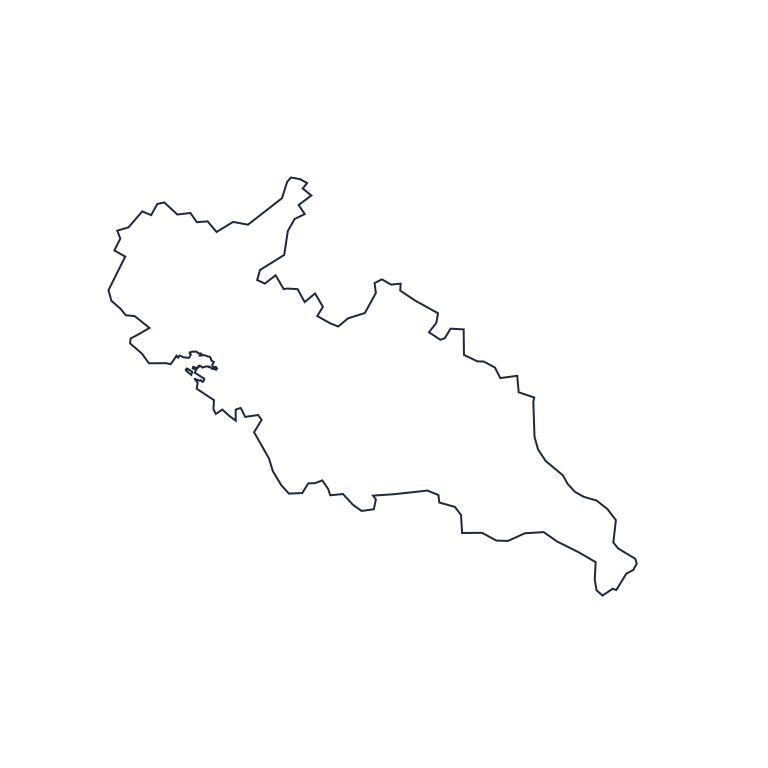 Kitab, Kashkadarya, Uzbekistan, rotated 28°
{"feature_id": "79887680B27761464779200", "entity_name": "Kitab", "entity_type": "district", "adm_level": 2, "iso_a3": "UZB", "parent_name": "Uzbekistan", "parent_adm1": "Kashkadarya", "projection": "mercator", "projection_center": [67.005, 39.192], "detail": "fine", "context": "isolated", "style": "outline", "palette": "slate", "viewbox_px": 768, "rotation_deg": 28, "n_neighbors": 0, "source": "geoboundaries", "source_scale": "gbopen_adm2", "svg_char_len": 3145}
<svg xmlns="http://www.w3.org/2000/svg" viewBox="0 0 768 768"><g transform="rotate(28 384 384)"><path d="M523.0,325.4L506.8,328.1L497.8,314.2L483.9,324.2L474.3,317.4L461.6,317.3L455.8,320.2L440.9,320.7L428.7,298.4L416.8,303.9L416.1,315.2L413.0,318.5L399.4,317.2L401.5,305.5L398.5,296.2L372.1,295.7L354.5,293.9L351.6,287.6L343.6,292.9L333.0,292.6L328.3,299.3L334.1,307.5L333.8,330.3L321.4,342.9L316.6,354.7L308.0,355.7L293.2,355.3L293.8,344.5L280.6,336.4L275.5,348.9L263.2,340.8L253.7,345.2L250.9,347.3L237.2,338.9L231.7,351.3L223.2,351.7L221.0,341.5L235.3,316.9L227.3,294.2L227.6,280.3L234.2,271.2L224.6,266.0L231.3,251.7L220.4,249.5L221.8,242.7L213.6,242.6L204.9,245.4L203.6,251.1L206.7,267.8L189.1,307.2L174.7,311.7L164.8,328.4L151.9,323.2L142.8,329.0L132.8,323.9L121.9,331.4L104.8,326.8L99.3,331.5L99.1,344.2L89.5,345.1L84.9,365.6L76.5,373.8L82.9,379.4L83.2,392.7L95.7,393.0L96.7,430.5L104.2,438.5L116.1,441.3L123.7,444.5L132.0,441.1L150.6,444.6L144.5,454.5L138.9,462.8L140.8,467.4L156.0,470.8L166.7,476.1L181.6,468.0L186.3,466.7L187.1,460.9L187.5,456.4L189.2,457.0L189.3,457.3L190.0,457.3L190.0,455.1L190.3,454.8L194.8,454.5L195.3,454.2L198.0,453.1L199.3,452.7L199.7,451.8L199.5,448.5L198.2,448.3L197.6,447.4L200.0,445.0L201.4,444.6L202.6,443.6L203.2,443.5L205.8,444.1L206.8,443.6L208.0,443.0L208.7,443.1L208.8,444.0L208.0,444.6L208.0,445.4L209.0,444.9L211.6,442.9L215.7,442.3L216.9,441.8L218.2,442.1L219.3,442.8L219.8,443.7L221.1,444.4L222.5,444.4L223.4,444.5L223.2,447.1L224.2,448.9L226.2,448.8L227.4,447.9L229.3,448.6L229.0,450.4L227.5,450.1L226.8,450.6L225.8,450.5L225.6,451.1L225.0,451.2L221.4,450.7L221.1,451.4L219.9,451.3L218.7,452.0L218.0,452.8L217.7,452.9L217.3,453.5L217.0,453.5L216.6,453.8L216.0,454.7L212.8,454.2L212.8,455.0L212.1,455.1L212.1,455.3L211.8,455.4L211.8,456.3L212.2,456.5L212.1,457.0L211.6,456.9L211.5,457.1L211.5,458.6L211.0,458.6L210.7,458.0L210.0,458.0L207.5,458.4L207.4,458.7L207.7,459.3L207.8,460.0L208.7,460.0L208.8,459.5L210.5,459.6L210.5,459.4L211.5,459.5L211.5,462.8L222.7,463.7L223.4,465.4L222.8,467.3L221.7,467.1L221.2,466.7L220.3,466.7L219.9,467.5L217.0,468.1L213.9,468.1L219.0,470.5L220.8,476.1L241.5,478.1L245.2,486.3L249.6,489.4L253.2,482.5L262.0,484.7L270.3,486.0L265.1,476.3L268.7,472.4L276.9,478.2L287.4,470.5L292.8,473.1L291.9,487.6L307.0,497.1L317.6,503.9L326.7,513.1L340.8,521.6L351.5,525.4L363.0,518.7L363.8,507.3L369.7,503.9L374.8,498.1L384.0,502.9L388.8,507.5L399.4,500.4L413.5,505.3L423.8,506.6L433.8,499.4L431.1,489.8L426.7,487.7L444.3,476.8L464.8,462.9L472.3,457.7L484.2,456.5L488.5,462.7L504.3,459.2L513.5,463.5L522.9,478.9L540.4,469.4L556.7,469.5L567.2,464.3L578.4,449.7L594.5,439.8L610.7,441.8L634.8,441.2L654.5,441.9L661.9,457.7L668.5,466.4L676.3,468.2L682.0,457.4L685.7,456.9L686.0,454.0L687.0,437.6L691.4,431.2L691.5,424.0L688.0,420.4L668.0,419.3L660.9,416.3L652.7,395.4L639.9,389.5L626.4,387.1L613.5,389.8L603.4,389.6L592.8,385.9L585.0,380.7L562.9,376.1L550.8,369.5L541.7,360.0L524.2,329.6L523.0,325.4ZM209.5,466.4L209.1,463.7L208.7,463.2L204.0,462.8L204.0,463.1L202.5,463.0L202.3,464.3L202.9,464.8L202.9,465.1L209.5,466.4Z" fill="none" stroke="#1e293b" stroke-width="2"/></g></svg>